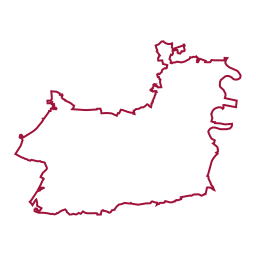 Somes-Odorhei, Salaj, Romania (Equal Earth projection)
{"feature_id": "2599482B11823092224624", "entity_name": "Somes-Odorhei", "entity_type": "district", "adm_level": 2, "iso_a3": "ROU", "parent_name": "Romania", "parent_adm1": "Salaj", "projection": "equal_earth", "projection_center": [23.214, 47.334], "detail": "fine", "context": "isolated", "style": "outline", "palette": "rose", "viewbox_px": 256, "rotation_deg": 0, "n_neighbors": 0, "source": "geoboundaries", "source_scale": "gbopen_adm2", "svg_char_len": 5749}
<svg xmlns="http://www.w3.org/2000/svg" viewBox="0 0 256 256"><path d="M37.0,205.7L41.5,208.2L40.3,210.1L39.0,211.3L37.8,210.1L37.1,209.9L37.2,209.6L36.8,209.3L37.0,208.9L36.7,208.6L35.5,208.5L35.5,208.9L34.5,209.5L34.6,211.2L38.5,212.7L43.8,212.8L47.9,213.3L51.1,214.1L52.4,213.8L54.6,214.4L56.2,213.8L56.9,213.1L58.0,213.2L58.5,212.6L61.3,210.8L65.2,209.4L66.6,210.9L66.8,212.1L68.1,213.0L69.4,214.5L71.7,214.4L73.4,213.8L75.5,214.4L76.5,214.4L78.7,212.9L80.7,213.8L83.0,211.4L85.4,212.9L87.4,213.3L95.9,213.2L97.1,213.4L97.3,214.6L100.8,214.5L100.8,213.9L101.6,210.9L102.3,210.4L103.0,210.2L103.7,210.9L104.6,210.8L108.2,212.0L108.3,212.3L109.0,212.7L110.3,212.4L111.2,211.6L111.7,210.4L114.7,209.7L114.7,209.1L116.9,206.3L119.0,204.5L121.8,204.1L123.9,203.1L125.1,203.0L130.4,203.6L130.8,203.0L132.2,203.8L138.2,204.7L145.9,203.4L149.7,203.3L150.6,203.1L151.3,201.8L152.2,201.4L155.0,202.4L157.2,202.6L157.4,202.8L156.8,204.8L157.7,204.2L159.0,204.0L159.9,202.9L163.1,202.9L164.7,202.4L164.8,201.6L165.2,201.1L170.2,202.4L172.6,202.2L173.2,201.7L174.8,201.5L175.0,200.8L176.2,200.5L176.4,200.0L178.6,200.2L179.5,199.6L181.2,199.2L181.4,198.3L180.8,197.8L180.8,197.2L190.4,195.5L191.4,195.8L193.7,194.5L198.7,194.3L201.4,195.7L203.9,194.7L204.4,194.0L205.5,194.2L207.0,187.7L207.5,187.4L210.1,187.6L211.2,188.0L213.4,189.7L214.2,190.0L212.7,186.5L211.1,184.8L210.8,183.5L208.5,178.5L208.4,176.4L207.3,176.0L208.2,174.1L211.8,161.0L213.3,158.4L215.5,155.6L217.5,153.8L216.2,152.7L218.0,151.7L217.7,149.6L218.0,149.3L217.3,147.1L216.7,146.4L213.0,143.4L214.2,142.7L214.8,140.4L211.6,138.7L210.3,136.6L208.7,133.1L208.3,131.4L209.6,129.3L211.2,128.1L212.7,127.5L215.3,127.6L220.4,129.2L226.3,129.2L229.8,128.5L231.2,127.2L231.8,126.2L232.0,124.5L232.0,123.8L225.1,124.4L220.1,123.4L214.9,123.1L215.0,122.2L213.1,122.0L211.4,121.4L212.4,118.0L211.8,116.3L211.3,114.1L211.7,113.9L211.6,113.2L212.8,110.6L214.0,109.3L215.7,108.2L218.2,107.3L220.5,107.3L222.2,108.1L222.7,108.8L223.3,108.5L223.5,107.4L223.4,105.1L224.3,105.0L236.0,107.2L236.7,100.6L224.8,98.1L225.6,95.1L225.4,93.5L223.5,89.9L220.2,86.9L219.8,85.6L220.1,81.8L220.8,80.0L225.4,76.3L226.8,76.0L228.8,76.0L231.6,77.3L232.8,78.6L234.4,79.5L236.8,79.6L238.6,79.0L240.2,77.9L240.6,75.4L238.5,72.1L237.2,70.8L229.3,67.3L227.0,65.5L225.9,64.1L225.3,62.8L225.6,61.2L226.1,59.7L227.3,58.1L224.6,57.9L224.5,60.4L214.2,60.3L211.6,60.0L211.1,60.4L211.0,61.1L210.3,62.1L208.4,62.3L205.1,62.1L205.6,60.8L199.8,58.8L198.0,62.2L197.1,62.1L197.3,61.4L196.9,60.8L197.4,59.9L197.2,59.1L197.8,58.5L197.9,58.0L197.3,57.3L196.6,57.1L196.3,56.4L194.8,57.0L193.0,56.8L192.1,57.4L190.1,57.3L190.1,58.2L188.9,59.3L184.5,61.6L181.5,62.4L177.1,61.7L174.8,62.5L172.8,62.5L171.9,63.3L170.9,63.1L170.6,62.9L170.8,61.9L170.7,60.3L169.5,59.1L170.3,55.9L171.0,55.3L171.0,54.7L172.1,55.0L173.0,53.5L172.5,50.4L172.8,50.0L172.8,49.6L174.0,50.5L176.5,49.9L177.3,50.0L177.6,50.6L177.6,52.7L178.2,52.8L178.5,53.3L180.2,53.6L180.9,52.5L181.4,52.2L181.4,51.5L181.6,51.2L183.8,51.3L184.5,50.9L184.7,49.6L184.4,49.1L183.9,46.9L184.7,45.5L184.2,44.6L183.7,44.6L183.7,45.3L172.9,49.0L171.8,47.0L172.2,43.9L172.0,43.3L171.3,43.8L168.4,44.1L165.8,43.3L163.8,41.9L163.5,41.4L161.6,41.5L158.7,44.3L155.7,45.5L156.4,48.4L157.1,49.6L157.3,50.7L156.7,51.3L159.9,55.6L159.0,56.0L158.8,57.2L158.2,57.6L158.1,60.1L158.3,60.6L162.3,60.4L162.9,63.9L167.3,65.1L166.8,67.9L165.9,68.5L165.1,68.1L163.5,68.9L162.1,70.2L161.8,71.0L161.8,71.9L160.0,73.5L159.6,74.1L158.3,73.7L157.6,74.7L157.2,74.7L157.8,77.0L159.0,77.1L159.3,78.9L160.1,79.1L160.5,79.7L160.2,80.3L160.0,82.1L161.3,87.2L158.0,87.4L157.7,86.8L156.0,86.3L155.7,85.8L155.9,85.7L155.3,85.5L155.0,84.8L155.6,84.3L154.2,84.1L153.3,84.9L153.6,85.4L153.7,86.2L152.0,88.6L152.5,88.7L151.9,89.5L150.7,89.5L150.4,90.0L150.5,90.4L151.6,90.5L151.8,91.0L152.6,91.0L152.8,91.5L154.5,91.1L156.3,91.2L156.3,91.8L156.6,92.1L155.7,92.5L155.4,93.4L155.6,94.1L154.6,96.2L154.3,97.7L153.5,98.8L153.3,99.9L152.5,101.0L152.9,101.4L152.4,102.9L151.8,103.0L151.5,103.4L151.4,104.2L151.6,104.8L151.0,107.2L149.4,106.3L148.6,105.0L147.2,104.3L144.7,106.5L143.2,107.3L141.3,107.3L139.1,108.7L135.7,109.2L135.2,110.0L133.8,110.5L134.5,114.0L133.1,113.6L133.1,112.5L130.8,112.7L127.5,111.8L122.8,110.1L120.8,109.8L119.2,113.3L117.9,113.1L116.8,115.8L111.7,113.4L106.9,113.0L101.4,113.3L101.2,111.2L100.4,108.7L97.0,108.8L96.7,109.5L85.9,110.1L72.2,109.2L73.5,107.6L74.0,105.8L73.6,105.8L73.0,105.0L70.1,102.8L65.6,100.7L65.3,100.6L65.4,100.1L64.1,99.3L63.4,99.3L62.2,98.1L61.6,96.9L62.4,95.8L62.0,94.9L62.3,94.8L62.0,94.3L60.8,94.9L59.8,94.9L59.7,93.4L56.5,91.7L51.3,91.3L51.8,97.2L51.7,99.7L50.8,100.5L47.4,100.7L47.6,103.3L50.0,103.2L50.4,102.6L52.2,102.2L52.0,103.2L51.2,103.5L52.1,104.9L52.0,104.5L53.3,104.1L53.0,105.8L53.3,105.6L53.4,104.5L54.1,104.4L54.2,105.9L53.0,106.0L52.9,106.5L53.0,106.7L54.1,106.4L54.2,107.1L53.3,107.5L55.0,108.6L54.9,108.1L55.8,107.7L56.5,108.7L55.9,109.3L54.9,109.0L53.5,109.2L51.7,108.4L50.8,108.6L50.6,111.0L49.0,111.0L48.8,112.0L46.9,114.7L44.0,118.6L43.2,118.7L43.6,119.1L42.0,121.8L36.7,128.3L33.2,131.3L23.4,137.4L22.3,137.4L22.1,136.4L22.6,136.3L21.7,135.1L21.0,135.3L20.8,134.8L20.2,135.0L19.6,137.3L20.2,137.9L21.4,137.5L22.6,140.2L20.6,145.9L15.4,154.0L21.7,157.4L23.7,158.0L25.0,158.8L27.5,159.5L28.1,160.2L30.5,160.6L31.2,159.9L31.8,159.9L37.5,161.3L40.2,161.1L41.3,161.9L44.0,162.3L45.0,163.0L45.2,164.1L46.7,167.2L46.9,168.3L46.5,169.4L42.4,173.3L42.1,174.5L41.2,175.5L40.6,177.1L43.6,178.5L43.7,179.0L42.9,179.9L40.5,185.1L38.5,188.8L40.5,188.3L41.7,187.6L44.6,187.9L42.9,188.1L42.4,188.7L41.2,189.0L39.9,190.5L37.2,191.3L30.9,200.8L29.7,201.8L31.6,203.8L32.5,205.2L35.8,199.7L36.3,199.4L37.2,203.0L37.0,205.7Z" fill="none" stroke="#9f1239" stroke-width="2"/></svg>